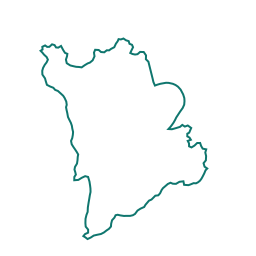 Biritiba Mirim, São Paulo, Brazil, rotated 347°
{"feature_id": "56859067B18564095209636", "entity_name": "Biritiba Mirim", "entity_type": "district", "adm_level": 2, "iso_a3": "BRA", "parent_name": "Brazil", "parent_adm1": "São Paulo", "projection": "natural_earth1", "projection_center": [-46.024, -23.622], "detail": "fine", "context": "isolated", "style": "outline", "palette": "teal", "viewbox_px": 256, "rotation_deg": 347, "n_neighbors": 0, "source": "geoboundaries", "source_scale": "gbopen_adm2", "svg_char_len": 2741}
<svg xmlns="http://www.w3.org/2000/svg" viewBox="0 0 256 256"><g transform="rotate(347 128 128)"><path d="M199.4,166.4L196.1,164.9L195.2,161.9L194.9,158.8L192.0,158.2L188.8,160.1L185.5,161.2L183.4,159.6L184.0,156.7L183.3,154.0L186.6,153.6L185.8,151.2L183.9,149.5L184.5,146.9L186.6,146.3L188.1,144.2L189.6,142.2L186.8,139.0L183.7,139.4L181.6,137.2L178.9,138.6L174.7,138.9L170.5,139.1L167.2,138.1L169.7,136.4L171.5,134.9L173.7,132.9L175.8,130.6L177.3,128.7L182.4,123.8L184.1,122.3L185.8,120.8L188.0,117.9L189.1,114.5L189.6,111.5L189.3,107.7L187.9,102.4L186.0,99.0L184.0,96.8L181.6,95.0L177.8,93.2L175.3,92.5L171.5,92.3L169.3,92.2L166.1,92.4L163.8,92.7L163.1,88.9L163.1,85.6L162.8,68.0L160.9,65.0L161.9,61.3L160.4,57.5L156.9,56.6L153.9,58.2L151.4,58.0L149.0,56.9L147.1,55.4L148.9,53.1L151.1,50.4L150.6,47.8L148.4,46.3L148.2,43.5L145.8,42.1L143.7,39.8L141.0,40.1L138.8,39.3L137.4,41.2L135.2,43.1L132.8,46.2L129.3,47.1L127.0,48.1L124.8,47.5L121.9,48.9L118.8,47.9L117.0,45.4L113.6,44.4L111.8,46.9L111.5,50.6L108.8,54.1L105.6,55.7L103.2,56.0L99.9,57.1L96.5,58.5L93.9,57.5L91.2,56.7L88.9,55.6L85.9,54.1L82.9,51.1L82.9,47.4L84.7,44.4L85.6,42.1L83.5,40.6L82.4,37.5L81.2,33.0L78.1,34.0L76.0,33.3L75.1,30.7L72.8,29.4L69.7,31.2L67.5,30.8L65.8,28.9L62.8,29.6L62.4,32.3L60.2,33.1L61.5,35.2L62.6,37.5L64.7,40.6L65.3,43.4L63.4,45.8L61.1,47.7L58.8,50.3L57.3,53.0L56.6,56.7L58.3,61.0L58.4,63.6L58.7,67.7L61.4,70.0L64.3,72.0L65.6,74.5L68.0,76.1L70.2,79.2L72.1,82.0L73.0,84.5L73.8,88.4L73.5,91.7L72.3,93.8L72.2,96.4L72.2,99.7L72.0,103.8L72.6,106.5L73.5,110.2L73.8,113.2L73.6,116.0L73.6,119.5L72.7,122.3L71.4,125.3L69.6,127.8L69.5,131.2L70.6,134.4L71.6,136.9L72.7,139.9L73.5,142.6L72.5,144.9L71.6,147.9L70.3,151.2L67.6,154.0L66.5,156.5L66.7,159.2L66.7,161.7L64.7,163.6L63.9,166.8L67.9,167.4L71.8,166.1L75.4,165.3L78.1,166.7L78.4,171.6L78.1,175.7L77.8,178.5L77.1,181.9L75.7,184.9L74.4,188.1L72.8,191.9L71.0,196.4L69.8,200.7L68.0,203.3L66.2,206.9L65.1,211.1L64.6,214.6L66.3,218.0L65.6,221.0L62.3,221.7L60.2,223.3L62.0,225.1L63.6,227.1L67.2,226.3L70.4,225.1L73.6,225.1L77.8,225.2L81.0,224.4L84.0,223.0L86.7,222.0L89.2,220.2L90.1,217.4L91.7,214.3L94.6,212.3L96.3,210.2L98.4,210.2L100.8,211.4L104.3,212.8L107.0,213.3L110.3,214.1L113.1,214.1L115.5,213.3L118.7,210.6L122.0,209.4L126.0,208.6L127.8,206.7L129.7,205.3L132.1,203.5L134.8,203.0L137.2,201.5L139.4,200.1L142.4,200.4L144.6,198.8L146.8,196.0L148.5,194.5L151.0,193.2L154.2,191.5L157.1,190.9L159.2,192.4L162.2,193.2L166.0,192.0L170.0,192.4L169.9,196.0L174.1,197.3L176.5,197.0L179.5,196.5L181.8,197.2L183.9,196.7L186.2,195.6L188.2,193.9L189.9,192.0L192.0,189.5L194.0,186.7L196.1,185.3L193.9,182.9L193.7,179.3L196.6,177.0L197.8,172.9L197.8,169.3L199.4,166.4Z" fill="none" stroke="#0f766e" stroke-width="2"/></g></svg>